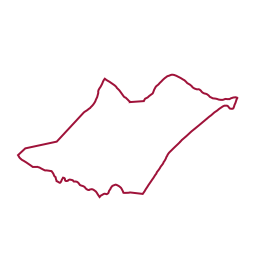 Derriere Lagoon, Anse-la-Raye, Saint Lucia (Mercator projection), rotated 122°
{"feature_id": "8701671B36493357542675", "entity_name": "Derriere Lagoon", "entity_type": "district", "adm_level": 2, "iso_a3": "LCA", "parent_name": "Saint Lucia", "parent_adm1": "Anse-la-Raye", "projection": "mercator", "projection_center": [-61.02, 13.942], "detail": "fine", "context": "isolated", "style": "outline", "palette": "rose", "viewbox_px": 256, "rotation_deg": 122, "n_neighbors": 0, "source": "geoboundaries", "source_scale": "gbopen_adm2", "svg_char_len": 4188}
<svg xmlns="http://www.w3.org/2000/svg" viewBox="0 0 256 256"><g transform="rotate(122 128 128)"><path d="M199.7,204.3L209.3,206.9L209.9,205.6L210.5,204.6L210.9,203.2L211.0,202.4L211.2,201.4L211.2,200.4L211.1,199.2L211.1,198.0L211.1,195.8L211.2,193.4L211.3,190.9L211.4,189.3L211.5,188.2L210.5,186.5L208.9,184.1L208.8,183.3L208.4,182.1L208.4,180.9L208.2,178.3L208.0,176.1L207.8,175.6L207.2,174.8L206.6,173.5L205.1,170.0L205.8,168.2L206.5,166.8L207.2,165.9L207.8,165.0L208.0,164.1L208.1,163.3L208.7,162.8L209.9,161.6L210.3,160.9L210.9,160.4L210.8,159.9L210.7,158.2L210.7,157.1L210.3,156.5L209.7,156.4L208.6,156.4L207.6,156.6L206.6,156.7L205.4,156.7L204.6,156.8L204.3,156.3L204.2,155.3L204.7,154.4L205.2,154.1L205.8,153.5L205.9,152.8L205.4,151.8L204.5,151.0L203.9,151.0L203.4,150.7L202.7,150.2L202.5,149.8L202.0,148.5L201.6,147.2L201.9,146.4L202.1,145.6L201.9,145.2L201.2,144.2L200.7,142.9L200.7,141.8L200.9,140.8L201.3,139.8L201.8,138.6L201.7,137.7L201.5,136.8L201.1,135.4L201.0,133.8L201.3,132.6L201.7,131.8L201.8,130.6L201.8,129.6L201.5,128.6L201.2,128.1L200.3,127.7L199.9,127.2L199.0,126.2L198.7,124.9L198.7,123.6L198.9,121.5L199.7,119.6L200.2,118.7L201.1,116.7L201.6,115.5L201.0,115.4L199.9,115.3L199.2,114.9L198.1,114.3L196.9,113.7L196.2,113.1L195.9,112.5L195.5,111.2L195.3,110.9L193.8,110.2L192.9,110.3L191.6,110.7L190.7,110.7L189.0,110.6L188.3,110.8L187.0,110.7L186.2,110.8L184.8,110.2L183.5,109.2L182.7,108.6L182.4,107.9L182.2,106.7L182.1,104.7L182.4,102.4L182.9,101.3L184.5,98.6L185.3,97.7L185.2,97.1L184.5,96.0L183.3,94.2L182.3,92.8L181.6,92.2L176.1,80.6L172.8,80.4L170.8,80.5L167.8,80.4L166.0,80.4L165.3,80.4L163.5,80.3L160.9,80.2L158.3,80.1L157.3,80.0L154.2,80.0L153.6,80.0L151.7,79.8L151.4,79.9L151.1,79.9L150.3,80.1L149.3,80.0L147.4,79.8L145.5,79.7L143.2,79.8L141.8,79.6L140.4,79.5L139.5,79.4L138.7,79.6L137.9,79.7L137.3,79.6L135.5,79.6L134.1,79.7L133.5,79.8L131.9,80.1L130.9,80.0L130.0,80.2L129.4,80.2L128.8,80.2L127.3,80.1L125.9,79.8L123.9,79.3L121.7,78.8L118.5,78.0L115.1,77.1L113.0,76.6L112.2,76.4L112.1,76.5L111.1,76.2L109.5,76.0L109.2,75.8L108.4,75.6L103.6,74.1L97.3,72.4L89.2,69.6L77.2,65.7L75.3,65.1L73.1,64.2L69.0,63.0L65.9,61.6L63.7,60.9L60.5,59.5L59.2,58.9L57.9,58.0L56.7,56.1L56.5,55.3L56.5,55.2L56.7,54.3L57.2,53.1L57.5,51.8L56.6,49.9L55.6,49.1L53.7,49.4L52.0,49.9L49.7,50.2L46.1,51.1L45.6,51.1L44.6,51.2L44.5,51.8L44.8,52.5L44.9,53.0L46.3,54.8L48.2,56.4L49.8,57.3L50.1,57.9L50.8,58.9L51.6,60.6L52.3,61.3L53.3,62.0L54.1,62.8L54.9,64.2L55.0,64.3L55.8,66.1L56.2,67.9L56.6,69.1L57.3,70.6L57.9,71.8L58.0,73.0L58.1,74.3L58.2,75.2L57.7,76.7L57.5,78.8L57.6,79.5L57.7,79.9L57.7,80.1L58.0,80.9L58.2,81.4L58.4,82.5L58.4,83.5L58.3,84.3L58.2,84.8L57.8,85.8L57.6,86.5L57.6,87.2L57.5,87.7L57.7,88.6L58.4,89.6L58.7,90.1L58.9,90.8L59.1,91.7L59.3,92.5L59.3,93.5L59.3,94.3L59.1,95.3L58.7,96.3L58.6,97.2L58.5,97.9L58.4,98.8L58.5,99.8L58.5,100.5L58.5,101.7L58.1,103.0L57.9,103.8L57.9,104.0L57.6,105.3L57.7,107.1L57.7,108.7L57.7,109.8L57.8,111.0L57.9,112.2L58.0,113.1L58.1,114.6L58.4,116.0L58.5,116.7L59.1,118.3L59.7,119.2L60.6,120.0L62.2,121.1L62.5,121.5L63.5,122.2L64.9,122.7L66.1,123.2L67.4,123.6L68.5,123.9L69.3,124.1L69.9,124.2L70.9,124.4L72.0,124.7L73.3,125.0L74.7,125.2L75.7,125.5L77.3,126.1L78.4,126.3L80.1,126.2L81.7,126.1L83.6,125.7L84.6,125.5L85.6,125.4L86.2,125.6L87.1,126.0L88.2,126.4L88.9,126.7L90.0,127.1L90.9,127.3L91.6,127.5L92.1,127.8L92.7,128.1L93.1,128.4L93.4,128.6L94.1,129.0L95.2,129.0L96.2,128.9L96.9,129.2L97.0,129.1L104.8,139.8L104.6,139.8L104.6,140.8L104.5,141.9L104.1,143.1L103.8,144.7L103.6,145.5L103.5,146.1L103.7,147.2L103.6,148.0L103.3,148.8L102.4,151.0L101.7,152.7L101.0,154.4L100.6,155.5L100.2,157.3L99.9,158.7L99.4,159.6L99.1,160.8L98.9,162.1L98.8,163.9L98.7,166.1L98.6,168.2L98.7,170.5L98.7,171.8L98.6,173.0L98.5,173.5L98.5,173.8L100.3,173.9L101.8,173.8L103.4,173.5L104.7,173.3L106.3,173.2L107.7,173.1L109.4,173.2L111.4,173.1L112.7,172.7L114.0,171.8L115.6,171.3L118.2,170.5L119.4,170.4L121.2,170.2L122.4,169.9L124.1,169.8L126.5,169.9L128.4,170.2L130.0,170.6L131.1,170.7L131.7,171.0L132.1,171.2L132.5,171.3L132.8,171.5L133.9,171.8L135.3,172.4L137.1,173.3L138.2,173.7L177.3,181.2L199.7,204.3Z" fill="none" stroke="#9f1239" stroke-width="2"/></g></svg>